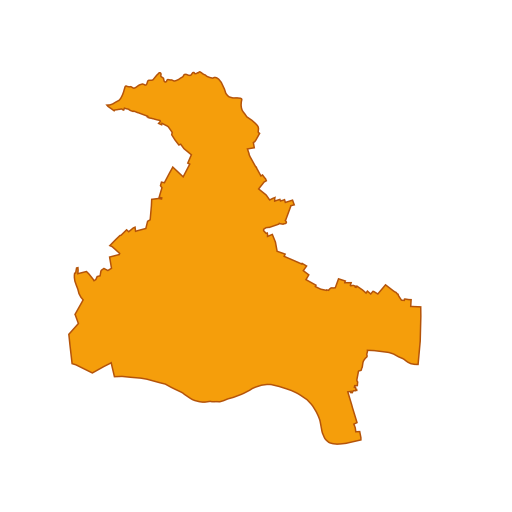 outline of Tien Du, Bắc Ninh, Vietnam, rotated 17°
{"feature_id": "81297802B37279419107484", "entity_name": "Tien Du", "entity_type": "district", "adm_level": 2, "iso_a3": "VNM", "parent_name": "Vietnam", "parent_adm1": "Bắc Ninh", "projection": "mercator", "projection_center": [106.031, 21.126], "detail": "fine", "context": "isolated", "style": "filled", "palette": "amber", "viewbox_px": 512, "rotation_deg": 17, "n_neighbors": 0, "source": "geoboundaries", "source_scale": "gbopen_adm2", "svg_char_len": 6060}
<svg xmlns="http://www.w3.org/2000/svg" viewBox="0 0 512 512"><g transform="rotate(17 256 256)"><path d="M201.3,121.7L200.1,120.6L198.8,118.7L197.6,116.0L196.9,112.9L196.7,110.6L196.2,109.9L195.1,109.7L191.8,110.3L187.7,111.6L183.8,111.7L181.9,110.9L179.6,109.3L177.0,105.6L172.0,100.1L168.6,97.8L166.3,97.1L164.5,97.2L163.6,97.7L162.6,98.6L159.7,98.8L157.9,98.7L156.2,98.5L155.0,97.9L154.3,97.7L153.4,97.7L151.4,97.2L150.1,96.6L149.4,96.6L148.8,96.3L148.3,96.3L147.8,96.7L147.4,97.4L147.1,97.8L146.5,97.9L146.0,98.6L145.5,99.0L144.4,99.5L143.8,99.4L143.2,98.7L142.4,98.8L141.9,99.2L141.6,100.0L141.0,101.8L140.5,102.4L139.3,102.8L138.2,102.9L136.4,102.7L135.0,103.0L134.2,103.7L133.9,105.1L133.5,106.2L132.2,107.5L130.4,109.8L128.3,111.6L126.9,112.5L125.9,112.6L124.9,112.4L123.8,112.3L122.7,112.7L120.2,113.0L119.7,113.3L119.5,114.0L119.3,115.3L118.8,116.0L118.3,116.2L117.7,116.0L116.8,115.4L115.6,113.1L114.9,112.8L112.8,112.2L112.4,111.8L112.2,111.1L112.0,109.8L111.5,109.1L110.8,108.8L110.0,109.0L109.5,109.6L109.1,110.6L108.3,111.9L107.6,113.6L106.4,116.6L105.9,117.7L105.4,118.1L104.7,118.5L102.1,119.3L101.5,119.9L101.3,120.8L101.3,123.1L101.0,124.3L100.5,124.8L100.0,125.0L98.6,124.7L97.1,124.7L95.0,126.1L93.9,127.1L91.9,129.8L90.6,131.0L89.9,131.3L88.7,131.1L87.2,130.7L86.6,130.7L85.4,131.3L83.5,131.5L82.1,131.4L81.6,131.7L81.4,132.1L81.3,132.7L81.4,138.0L81.2,141.1L80.7,144.1L80.1,146.0L79.5,147.2L77.0,149.7L74.5,152.5L72.2,154.2L69.3,155.3L70.7,156.2L77.9,158.6L78.3,157.6L80.6,156.6L81.8,155.9L82.1,155.9L84.1,154.8L84.8,154.7L85.7,155.1L86.8,155.1L86.9,153.1L88.9,153.1L89.5,153.0L90.8,152.9L91.8,153.0L92.1,153.3L93.6,153.6L96.2,153.7L96.5,153.3L97.9,153.2L100.8,153.5L102.0,153.4L102.8,153.5L111.3,154.0L111.2,154.6L112.5,154.7L112.5,155.1L114.4,155.1L115.5,154.9L116.9,154.9L117.9,154.7L118.5,154.8L121.4,154.7L124.0,154.5L124.6,154.5L125.2,155.2L124.1,157.7L127.4,158.1L127.3,156.6L133.3,157.7L134.4,158.1L139.0,161.7L139.8,162.5L139.9,164.5L140.2,164.9L144.6,168.7L149.8,172.4L151.3,171.1L155.7,174.4L164.6,178.1L163.6,187.1L165.8,187.5L163.2,201.6L150.4,195.3L150.2,196.5L149.1,201.6L147.2,211.5L147.0,212.7L144.0,213.0L144.1,216.7L146.1,218.2L146.2,228.1L148.9,228.0L149.0,229.1L146.2,229.4L139.7,232.3L141.3,238.6L144.2,252.3L142.2,254.5L142.6,261.9L135.5,266.3L133.6,267.6L131.9,263.8L130.4,265.1L127.2,270.0L124.6,268.8L120.9,275.6L119.9,276.2L117.1,281.2L113.2,288.8L115.7,289.1L124.9,293.4L124.8,294.6L116.3,299.8L121.4,310.0L118.6,313.2L114.2,312.4L112.4,314.7L112.1,315.8L112.7,320.5L110.1,322.1L109.7,325.4L108.3,327.0L106.7,325.6L101.4,322.0L98.4,320.4L90.8,325.0L90.0,321.5L89.1,319.2L87.9,319.9L88.5,325.0L87.6,325.5L87.9,327.4L88.6,329.7L90.1,332.9L92.7,336.5L95.3,339.8L97.7,343.7L100.6,346.6L103.5,348.5L103.1,350.6L100.0,364.8L100.4,365.2L105.9,372.5L99.9,385.6L104.1,395.5L111.6,412.7L115.5,412.7L133.7,415.7L142.7,406.3L147.6,401.6L148.7,400.4L155.9,412.8L163.1,410.3L172.2,408.5L181.4,406.5L187.6,405.7L201.0,405.3L206.7,405.0L213.4,406.4L217.1,407.0L224.0,408.0L226.0,408.4L227.9,409.2L235.1,411.4L237.2,411.9L239.7,412.1L244.2,411.9L247.4,411.4L250.0,410.6L254.7,408.4L256.0,408.3L257.6,407.9L261.2,406.7L263.7,406.1L264.3,405.8L267.3,403.8L270.8,400.9L275.7,397.8L282.3,392.7L284.4,390.9L289.2,386.2L291.2,383.8L293.9,381.5L299.1,377.9L304.1,375.6L307.9,374.5L316.3,374.0L324.3,374.1L329.3,374.3L333.7,374.9L336.5,375.4L339.5,376.2L346.9,378.5L352.3,381.6L354.5,383.2L358.0,386.3L359.4,387.6L361.9,390.3L363.7,392.5L365.1,394.4L365.9,395.8L370.2,404.1L371.3,405.9L374.6,409.8L375.6,410.7L376.4,411.2L377.5,411.8L380.0,412.9L381.4,413.1L384.4,413.0L388.6,412.2L392.0,410.9L396.7,408.9L410.1,401.2L409.4,399.0L406.5,393.6L402.8,394.9L401.2,391.4L400.2,390.0L398.7,388.2L401.3,385.8L401.0,385.3L392.7,373.0L391.0,370.3L383.5,359.1L386.5,357.7L386.6,358.9L388.0,358.6L388.4,356.4L390.7,355.7L390.7,355.2L391.6,355.0L391.2,354.1L390.3,354.2L389.6,352.5L388.5,352.8L388.3,351.1L390.8,350.3L390.3,348.0L390.1,346.8L389.4,346.2L389.0,345.8L388.6,344.7L387.9,338.1L387.7,336.8L387.8,336.1L388.0,335.9L388.5,335.4L389.4,335.0L389.9,334.6L390.0,334.0L389.9,332.7L390.1,331.3L389.4,326.5L389.5,324.8L389.8,323.7L390.3,322.3L390.8,321.2L391.3,320.5L391.5,320.0L391.5,319.2L390.6,317.5L390.6,316.8L390.5,314.6L390.1,313.6L396.7,311.9L410.0,309.6L411.6,309.4L416.2,309.5L421.7,310.7L426.4,311.2L428.0,311.6L429.7,312.3L432.4,313.2L435.6,313.7L439.7,313.2L442.7,312.3L437.9,289.3L431.3,265.6L428.4,256.5L418.7,259.0L417.1,252.4L415.0,253.0L410.9,253.6L410.6,253.8L410.8,255.1L408.4,255.7L408.0,255.7L404.2,252.6L403.6,251.9L403.0,251.0L402.1,250.9L400.6,249.9L399.7,249.8L398.1,249.4L388.3,245.7L383.6,256.7L378.9,255.5L378.2,255.6L376.8,258.8L372.8,257.0L372.1,259.3L367.7,257.3L361.3,255.3L360.8,256.8L359.9,256.7L359.8,255.8L357.6,255.7L357.3,255.8L355.3,256.8L354.8,256.5L354.8,253.7L348.7,255.6L348.6,254.4L348.7,253.8L341.9,253.7L341.6,253.7L341.1,263.2L339.5,263.9L337.9,264.3L337.1,264.6L336.1,266.0L335.6,267.0L335.5,267.6L333.4,267.8L333.3,268.3L327.6,268.8L321.7,267.9L321.9,266.4L310.7,264.0L312.0,258.6L305.5,256.2L307.3,250.8L302.3,249.6L302.2,250.3L283.0,248.1L283.3,245.7L274.8,245.3L270.5,237.0L265.3,230.6L261.3,233.9L260.6,231.6L260.0,230.7L259.0,231.4L255.9,229.6L255.5,228.2L257.3,226.0L260.0,224.8L260.3,224.8L266.8,220.1L268.4,218.9L268.7,218.0L269.3,218.1L270.7,217.9L271.7,217.8L272.7,217.6L273.3,216.9L274.1,216.7L275.0,216.0L275.2,215.4L275.2,214.8L274.9,214.4L273.6,213.4L273.9,212.6L274.7,198.1L274.6,197.7L277.6,195.9L274.6,191.9L268.4,196.2L266.8,193.8L265.7,194.7L263.3,196.2L262.3,194.9L257.8,198.0L257.0,195.1L257.0,194.6L255.3,195.9L252.7,198.4L252.0,197.9L247.9,194.7L238.9,191.1L242.1,182.9L243.9,181.0L242.4,179.2L241.7,178.9L238.5,176.6L237.3,178.0L231.2,172.1L230.3,170.9L229.8,170.7L229.6,170.8L221.1,162.6L219.7,160.9L219.5,160.3L216.5,156.1L222.7,153.0L220.3,148.3L221.4,147.0L222.0,145.1L223.6,137.7L222.1,137.1L221.7,136.3L221.2,133.6L220.4,132.0L219.1,130.8L216.7,129.4L212.3,127.4L206.5,125.6L203.9,123.5L201.3,121.7Z" fill="#f59e0b" stroke="#b45309" stroke-width="1.5"/></g></svg>